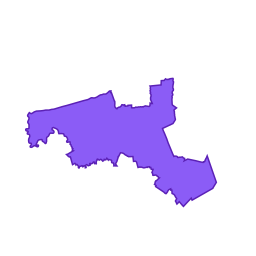 the district of Vinh Loi, Bạc Liêu, Vietnam, rotated 196°
{"feature_id": "81297802B93911642889100", "entity_name": "Vinh Loi", "entity_type": "district", "adm_level": 2, "iso_a3": "VNM", "parent_name": "Vietnam", "parent_adm1": "Bạc Liêu", "projection": "robinson", "projection_center": [105.726, 9.343], "detail": "fine", "context": "isolated", "style": "filled", "palette": "violet", "viewbox_px": 256, "rotation_deg": 196, "n_neighbors": 0, "source": "geoboundaries", "source_scale": "gbopen_adm2", "svg_char_len": 5754}
<svg xmlns="http://www.w3.org/2000/svg" viewBox="0 0 256 256"><g transform="rotate(196 128 128)"><path d="M197.1,130.4L204.4,125.7L206.6,124.8L208.8,123.5L212.1,122.5L214.3,121.4L216.7,120.4L220.7,119.0L222.6,117.6L224.1,115.8L224.9,115.2L225.9,115.2L227.1,115.6L227.9,113.1L227.9,112.2L227.4,111.5L226.6,111.2L226.2,110.9L225.9,110.3L225.7,109.2L226.0,107.0L226.0,106.1L225.6,105.4L224.5,104.5L224.1,104.0L223.2,100.8L223.3,100.3L223.7,99.8L225.6,99.1L225.9,98.6L225.8,98.0L225.5,97.6L225.1,97.3L224.3,97.2L223.5,97.4L223.1,97.2L222.9,96.7L223.4,95.5L223.3,95.0L223.1,94.6L222.8,94.5L221.3,94.6L220.9,94.4L220.6,94.0L220.2,93.1L220.1,92.5L220.4,90.0L220.1,88.5L219.5,87.1L219.0,86.5L218.3,86.3L217.1,86.6L216.8,86.5L216.6,86.2L216.4,85.7L216.4,85.3L216.9,84.0L217.0,83.4L216.9,83.1L216.6,82.7L215.8,82.7L214.8,83.3L213.8,84.6L213.1,85.2L212.2,85.3L210.1,84.9L209.6,85.1L209.2,85.5L209.2,86.4L209.5,86.8L210.1,86.8L211.0,86.3L211.3,86.2L211.7,86.4L211.8,86.8L211.1,91.0L210.8,91.6L210.0,92.2L208.2,93.0L207.6,93.1L207.3,92.9L206.8,91.9L206.4,91.6L205.2,91.4L203.3,90.3L203.1,90.3L202.7,90.6L202.6,91.0L202.6,92.8L203.5,95.9L203.5,96.6L202.3,98.2L202.1,98.7L201.8,100.7L201.5,101.4L201.0,101.7L198.6,102.3L198.3,102.5L198.0,103.1L198.1,104.0L198.5,104.6L199.3,105.2L200.3,105.3L200.7,105.9L200.8,107.0L200.5,107.4L199.9,107.9L197.1,107.6L195.6,107.2L195.0,106.8L194.2,105.9L193.2,103.9L192.8,103.5L190.5,104.3L188.7,104.6L188.0,104.4L187.1,102.9L186.9,102.7L185.4,102.8L184.7,102.6L183.7,101.7L183.2,101.0L182.8,100.3L182.8,99.8L183.3,98.5L183.2,98.0L182.9,97.6L182.2,97.6L180.8,98.4L179.9,98.6L179.3,97.3L179.2,96.4L178.2,96.1L177.7,95.1L177.1,94.5L176.4,94.1L176.2,93.2L175.2,92.9L175.2,92.7L175.5,91.9L175.4,91.1L174.3,91.0L178.9,86.1L179.8,85.6L177.2,84.1L176.6,84.2L175.9,84.0L175.4,84.3L171.2,77.5L169.3,79.4L168.2,78.7L167.8,78.1L167.4,78.8L166.9,78.9L165.4,77.8L165.0,77.3L164.8,76.3L164.6,76.1L164.3,76.0L164.0,76.1L163.9,76.3L163.9,76.7L164.2,77.3L164.1,77.7L163.5,77.9L162.7,78.4L161.9,79.1L161.6,79.1L161.3,78.9L161.1,78.3L160.9,78.2L160.3,78.7L160.3,79.2L160.1,79.4L159.3,79.8L158.3,78.8L158.1,78.0L157.7,78.2L157.4,78.4L157.4,78.7L158.4,80.2L158.0,81.2L157.8,81.4L157.3,81.4L155.9,80.7L155.0,81.5L154.4,81.5L154.2,81.7L154.2,82.4L154.3,82.6L154.9,83.0L155.0,83.3L154.4,83.6L153.5,83.5L153.1,83.6L152.5,84.2L152.1,85.4L151.7,85.9L151.2,86.0L150.8,85.8L150.7,85.6L150.6,84.8L150.3,84.5L149.6,84.8L148.7,84.8L148.7,85.4L149.1,86.2L149.2,86.7L149.2,87.6L148.9,88.4L149.1,89.2L149.0,89.5L148.9,89.6L148.3,89.7L147.4,89.3L146.5,89.3L145.9,90.2L145.4,90.4L144.5,90.2L144.2,89.8L143.1,89.2L142.2,90.2L142.2,91.3L140.6,91.2L140.0,93.1L138.1,91.7L137.9,92.4L135.3,92.5L134.8,92.2L134.6,91.8L134.5,91.0L134.2,90.4L133.6,90.1L132.6,90.4L132.1,90.0L131.2,88.2L131.2,87.7L128.2,88.5L130.1,90.0L129.5,92.7L129.4,96.6L129.6,97.6L129.5,97.9L129.2,97.9L128.4,102.1L126.9,102.4L125.9,102.4L124.7,102.1L123.0,101.3L121.8,101.3L120.9,100.7L119.7,100.8L119.5,100.6L115.4,101.9L113.5,97.4L111.8,98.1L111.4,98.1L110.4,97.6L107.5,92.8L105.7,93.8L105.4,93.7L104.4,94.1L102.3,94.0L101.6,94.1L99.4,95.3L98.5,95.5L98.7,95.9L96.7,96.7L96.4,96.1L96.1,96.2L95.9,95.9L95.2,96.3L94.3,94.7L92.5,95.1L92.7,91.7L91.9,91.3L91.8,90.9L91.0,89.4L90.1,89.6L88.9,90.3L87.6,90.4L87.2,90.2L86.9,89.8L85.5,89.5L85.0,88.7L84.1,88.7L86.3,85.0L86.7,84.9L86.9,84.3L87.0,83.3L86.7,82.2L87.0,81.1L85.2,80.5L85.3,79.3L75.9,76.3L74.5,75.5L74.3,75.6L73.4,75.3L73.2,75.5L72.4,77.6L72.3,78.7L71.8,79.9L70.2,81.3L69.8,80.1L68.8,80.4L68.2,79.0L67.6,77.2L65.8,76.9L64.7,76.3L63.4,74.9L61.8,73.6L61.7,73.4L62.3,70.9L61.2,69.8L60.3,68.7L60.0,68.4L58.4,71.3L54.8,68.9L53.1,67.9L50.1,73.8L47.9,78.0L46.5,76.3L29.8,93.4L29.8,93.9L28.1,100.1L44.2,123.0L44.4,121.1L44.7,120.0L45.0,118.2L45.0,117.0L45.2,116.7L46.1,116.4L46.3,116.1L46.1,115.8L46.3,115.6L48.4,115.4L54.0,115.2L62.1,114.6L64.8,112.1L64.7,112.6L65.1,113.6L65.2,114.4L66.3,114.4L67.7,115.2L69.7,114.3L70.7,114.0L71.8,113.4L72.1,113.4L72.6,114.0L72.8,114.1L73.9,114.2L75.3,113.9L76.0,113.3L77.7,115.2L85.5,125.0L87.8,128.3L91.6,133.1L93.3,135.1L94.7,137.1L86.0,144.7L84.9,148.5L84.8,149.1L84.9,149.6L85.5,150.5L85.8,151.3L86.7,152.9L86.8,153.5L87.5,155.1L87.9,156.5L88.7,157.7L88.6,158.3L86.9,160.7L91.6,162.3L92.2,163.3L93.7,167.7L94.0,169.8L94.4,170.2L94.4,171.4L94.1,171.8L94.1,172.4L94.4,173.0L95.2,173.7L95.3,174.0L95.3,174.6L95.4,175.4L94.8,176.6L94.9,177.3L95.2,178.1L95.9,178.8L96.3,180.1L96.4,181.0L96.6,181.7L96.6,182.7L96.9,184.7L97.0,185.0L97.6,185.5L97.9,186.0L98.0,187.2L98.3,188.0L98.5,188.1L101.3,186.9L102.1,185.9L102.8,186.0L103.4,185.5L104.1,185.3L105.5,185.6L106.2,184.0L106.3,183.7L109.1,182.7L108.1,178.5L118.4,174.4L117.9,173.9L117.5,172.7L117.5,172.1L116.9,171.1L117.1,170.0L116.6,169.4L116.5,168.7L116.1,168.3L116.2,167.4L115.1,166.5L114.9,165.7L114.6,165.2L114.7,163.8L114.4,162.4L114.0,161.4L111.4,158.2L112.4,157.9L113.6,158.1L113.1,155.6L113.2,155.1L113.7,154.5L117.6,154.0L118.0,153.5L118.6,153.2L119.3,152.4L119.8,152.5L120.8,152.0L121.8,151.9L122.9,151.3L123.9,151.1L125.0,150.3L126.2,150.3L127.2,149.3L128.9,148.7L130.1,148.5L130.9,151.0L134.3,149.8L134.2,149.2L136.5,148.2L136.7,148.6L137.6,148.5L137.7,149.4L139.0,148.8L140.0,148.8L140.3,148.7L140.6,147.3L141.6,145.8L141.9,145.6L142.4,145.6L143.3,144.7L143.6,144.4L143.8,143.5L144.6,143.4L145.5,144.2L146.2,144.5L146.8,145.4L147.5,148.3L148.1,150.0L148.4,150.0L148.6,150.3L153.4,157.0L153.5,156.9L154.0,157.6L154.5,157.3L154.8,157.7L154.6,157.9L154.6,158.9L155.3,158.7L155.9,158.5L156.3,158.0L157.3,156.2L158.5,154.7L159.1,154.4L161.0,153.8L162.3,152.8L163.5,152.3L164.5,151.4L166.4,149.2L168.0,147.9L169.2,147.4L171.1,147.1L171.8,146.8L173.9,144.7L174.7,144.1L178.5,141.9L192.7,133.0L197.1,130.4Z" fill="#8b5cf6" stroke="#5b21b6" stroke-width="1.5"/></g></svg>